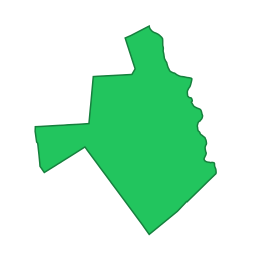 Hidalgo, Coahuila, Mexico, rotated 6°
{"feature_id": "50627088B72428644166662", "entity_name": "Hidalgo", "entity_type": "district", "adm_level": 2, "iso_a3": "MEX", "parent_name": "Mexico", "parent_adm1": "Coahuila", "projection": "albers", "projection_center": [-99.978, 27.853], "detail": "fine", "context": "isolated", "style": "filled", "palette": "green", "viewbox_px": 256, "rotation_deg": 6, "n_neighbors": 0, "source": "geoboundaries", "source_scale": "gbopen_adm2", "svg_char_len": 3561}
<svg xmlns="http://www.w3.org/2000/svg" viewBox="0 0 256 256"><g transform="rotate(6 128 128)"><path d="M49.4,181.0L60.2,172.6L60.9,172.0L61.9,171.2L65.0,168.9L65.1,168.7L74.6,161.3L87.1,151.4L87.3,151.5L89.1,153.5L89.3,153.8L101.5,167.1L104.3,170.2L115.9,182.8L116.0,182.9L117.1,184.2L122.2,189.7L126.5,194.4L129.9,198.1L143.0,212.4L147.0,216.8L153.5,223.9L153.5,224.0L160.2,231.6L185.7,205.8L185.8,205.7L189.1,201.4L194.0,195.0L194.5,195.2L196.9,192.3L202.9,185.1L206.2,181.1L211.7,174.4L214.0,171.6L215.2,170.2L220.2,164.2L220.3,163.3L220.2,162.5L219.8,160.4L219.4,159.3L218.6,157.9L218.0,156.4L218.0,156.1L217.8,154.8L217.8,154.5L217.5,154.0L217.3,153.7L217.0,153.5L216.7,153.5L215.7,153.4L214.9,153.5L214.7,153.5L214.2,153.7L213.7,153.9L213.4,153.8L213.0,153.6L212.9,153.6L212.7,153.6L211.9,153.6L211.4,153.6L211.0,153.6L210.2,153.5L209.4,153.3L209.1,153.2L208.6,153.0L208.4,152.9L208.2,152.8L208.2,152.7L207.8,152.4L207.7,152.3L207.6,152.2L207.4,152.0L207.2,151.6L207.0,151.4L206.9,151.2L206.9,150.4L207.0,150.0L207.4,148.8L207.8,147.6L208.2,146.6L208.4,145.4L208.4,144.8L208.2,144.2L207.8,143.5L207.5,142.6L207.0,140.9L206.8,139.9L206.7,139.0L206.9,138.0L207.1,137.1L207.4,136.5L207.6,136.1L207.7,135.4L207.6,134.6L207.5,134.3L207.4,133.9L207.2,133.0L206.8,131.9L206.1,130.7L205.5,129.5L205.4,129.4L205.0,129.2L204.0,128.6L202.8,127.8L202.4,127.5L201.9,127.3L201.1,126.8L200.5,126.2L200.3,126.0L200.2,125.5L199.9,125.1L199.6,124.6L198.5,123.7L198.0,123.4L197.9,123.2L197.7,122.6L197.4,121.5L197.1,120.0L196.7,118.9L196.7,118.4L196.7,118.1L197.0,116.4L197.1,115.8L197.2,115.3L197.6,114.6L198.1,113.9L198.7,113.7L198.8,113.6L199.1,113.0L199.8,112.0L200.4,111.1L200.6,110.5L200.7,110.1L200.8,109.6L200.9,108.9L200.9,108.1L200.8,107.7L200.3,106.7L200.0,106.0L199.5,104.5L199.1,103.5L198.5,102.5L198.0,102.0L197.5,101.8L196.5,101.4L195.6,101.2L194.5,100.9L194.3,100.8L193.7,100.6L191.5,99.7L191.0,99.2L190.0,98.0L189.1,96.7L188.3,95.7L188.4,95.4L189.0,94.7L189.1,94.3L189.0,93.8L188.9,93.5L188.4,92.5L188.2,92.0L187.8,91.6L187.6,91.5L186.9,91.4L185.6,91.3L185.3,91.0L184.7,90.5L184.2,90.2L183.9,89.6L183.8,89.1L183.5,87.7L183.4,87.2L183.2,85.8L183.3,84.7L183.6,83.8L184.2,82.2L185.2,80.5L185.5,79.5L185.7,78.6L186.0,76.7L186.3,74.5L186.4,73.2L186.4,72.7L186.3,72.3L186.0,72.1L185.7,71.9L185.3,71.8L183.1,71.6L182.8,71.6L181.2,71.6L180.7,71.5L178.9,71.3L177.5,71.2L175.1,71.2L174.6,71.1L174.0,71.0L173.3,70.8L172.2,70.4L170.9,69.9L169.1,68.8L168.6,68.6L168.2,68.5L167.9,68.6L166.9,68.3L165.6,67.9L164.9,67.6L164.4,67.3L164.2,67.2L163.6,66.8L163.4,66.7L163.1,66.1L162.2,64.6L161.9,64.2L161.7,63.9L161.5,63.6L161.3,63.3L161.3,63.1L160.6,61.5L160.3,60.7L159.8,59.4L159.6,58.8L159.0,58.1L158.2,57.1L157.7,56.2L157.2,55.5L156.8,54.5L156.4,52.8L156.2,52.2L156.1,51.6L155.8,50.5L155.4,49.3L155.3,49.0L155.1,48.5L154.9,47.7L154.8,45.1L154.6,44.1L154.0,42.5L153.8,41.2L153.6,39.4L153.5,38.5L153.3,36.9L153.0,35.5L152.0,34.3L150.2,32.9L149.6,32.5L148.9,32.0L147.9,31.5L146.0,30.8L144.1,30.3L142.7,29.7L142.2,29.4L141.7,29.1L140.9,28.4L139.8,27.3L139.4,26.8L139.1,26.3L138.8,25.6L138.5,24.8L138.4,24.4L121.1,35.8L120.2,36.3L115.8,38.8L119.0,46.1L120.0,48.3L121.0,50.6L122.7,54.4L126.8,63.7L126.9,63.9L128.3,67.0L128.9,68.5L126.3,74.3L126.0,74.4L110.5,76.9L92.1,79.8L88.1,80.5L88.5,108.8L88.5,111.4L88.7,127.7L78.4,129.5L68.0,131.1L63.3,132.0L58.5,132.7L41.0,135.6L35.7,136.4L36.0,141.0L38.0,149.1L38.6,151.5L39.7,152.5L40.1,153.9L40.4,155.3L41.3,159.5L42.2,163.6L44.0,172.5L44.1,173.1L44.5,175.3L49.4,181.0Z" fill="#22c55e" stroke="#15803d" stroke-width="1.5"/></g></svg>